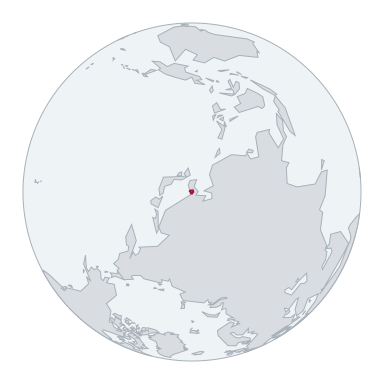 globe centered on Kangwŏn-do, rotated 192°
{"feature_id": "PRK-3308", "entity_name": "Kangwŏn-do", "entity_type": "Province", "adm_level": 1, "iso_a3": "PRK", "parent_name": "North Korea", "parent_adm1": "", "projection": "orthographic", "projection_center": [127.289, 38.794], "detail": "fine", "context": "on_globe", "style": "filled", "palette": "rose", "viewbox_px": 384, "rotation_deg": 192, "n_neighbors": 0, "source": "natural_earth", "source_scale": "10m", "svg_char_len": 12146}
<svg xmlns="http://www.w3.org/2000/svg" viewBox="0 0 384 384"><g transform="rotate(192 192 192)"><circle cx="192" cy="192" r="169" fill="#eef3f6" stroke="#a8b0b8"/><path d="M321.2,290.1L321.0,290.8L320.8,291.0L321.2,290.1ZM318.9,80.5L319.4,81.0L321.7,83.7L319.9,82.1L320.9,84.4L314.3,81.4L299.1,72.0L300.0,70.7L296.2,69.0L294.9,70.7L294.9,72.3L280.2,71.8L274.0,80.9L277.6,87.4L272.4,83.5L283.0,98.9L283.1,108.1L279.5,95.6L276.5,92.7L274.9,97.7L271.5,95.9L268.8,97.4L264.8,95.0L263.0,88.4L260.4,86.8L259.5,90.5L254.9,90.7L256.7,85.5L248.9,85.5L244.4,75.3L252.5,65.0L246.6,59.0L246.0,47.8L242.7,47.5L240.3,43.7L235.6,42.1L236.8,40.8L232.0,40.7L231.8,42.1L229.6,42.7L226.8,42.0L227.9,40.2L229.4,40.2L228.3,39.4L230.0,38.8L227.6,38.7L229.2,36.9L223.5,37.7L221.3,35.5L223.5,34.6L228.7,35.9L246.5,38.4L250.3,38.6L250.5,37.1L239.6,31.3L241.6,31.3L240.4,30.4L236.9,29.5L236.5,30.1L229.6,28.7L230.1,30.0L227.4,29.8L225.7,31.0L220.2,29.6L215.7,27.7L216.9,26.9L214.9,26.2L209.2,26.3L206.8,24.5L197.4,23.2L202.2,23.3L214.3,24.5L226.2,26.5L238.0,29.4L249.5,33.1L260.8,37.7L271.7,43.0L282.1,49.1L292.2,55.9L301.7,63.5L310.6,71.7L318.9,80.5ZM347.8,171.8L346.3,169.0L347.7,168.9L347.8,171.8ZM345.1,168.5L345.7,169.2L345.1,168.9L345.1,168.5ZM344.5,169.1L344.9,168.7L344.5,169.5L344.5,169.1ZM343.7,170.4L344.1,169.5L344.1,169.8L343.7,170.4ZM342.1,171.2L341.7,171.4L341.9,170.3L342.1,171.2ZM295.5,73.4L295.2,71.0L297.7,70.3L298.3,72.4L295.5,73.4ZM290.3,75.4L289.2,73.5L293.5,75.0L292.8,75.6L290.3,75.4ZM280.9,92.8L281.3,90.1L282.1,93.4L280.9,92.8ZM269.1,98.1L270.1,99.5L268.2,99.7L269.1,98.1ZM228.8,31.7L227.3,31.3L228.4,31.3L228.8,31.7ZM229.5,32.7L231.9,32.9L232.6,33.4L231.1,33.2L229.5,32.7ZM260.5,96.4L257.3,96.5L260.3,95.2L260.5,96.4ZM226.4,32.3L233.5,34.3L234.7,35.2L230.0,35.5L226.4,32.3ZM255.2,95.9L247.4,96.8L248.9,99.8L240.3,92.1L249.7,93.7L253.2,91.4L252.9,94.1L255.2,95.9ZM232.9,42.9L233.0,41.3L235.5,43.4L232.9,42.9ZM235.1,44.2L245.9,50.4L244.3,52.7L241.0,50.0L241.1,53.8L235.0,51.8L233.6,49.3L235.8,48.1L231.8,48.3L235.1,44.2ZM236.8,87.9L234.6,87.3L236.5,86.7L236.8,87.9ZM228.9,43.0L231.3,44.0L230.1,46.0L225.2,44.5L227.2,44.3L228.9,43.0ZM244.1,55.9L242.3,57.3L237.0,56.0L235.6,56.5L234.7,52.0L244.1,55.9ZM226.0,43.5L222.8,43.8L220.8,42.2L226.6,42.3L226.0,43.5ZM231.8,47.2L231.0,48.1L229.9,47.1L231.8,47.2ZM211.9,37.5L214.7,38.3L214.4,39.4L211.9,37.5ZM221.7,44.0L222.4,44.5L222.6,45.1L220.1,45.0L221.7,44.0ZM231.0,51.5L229.1,50.8L231.1,53.3L227.1,52.6L227.3,49.8L225.5,50.7L224.3,50.6L225.8,48.5L231.0,51.5ZM218.1,46.7L217.0,43.3L211.8,41.4L212.0,40.3L220.2,43.6L218.1,46.7ZM222.5,47.9L219.8,46.9L221.4,45.9L224.2,46.1L222.5,47.9ZM224.3,53.3L230.4,54.9L230.1,55.5L224.3,53.3ZM216.3,46.3L216.6,47.1L215.7,46.3L216.3,46.3ZM221.5,51.2L223.7,51.7L223.3,52.4L221.5,51.2ZM215.4,48.6L215.1,47.4L217.0,47.4L215.4,48.6ZM218.0,49.9L217.0,50.7L217.9,48.1L219.0,50.0L218.0,49.9ZM220.8,51.8L221.4,52.3L220.0,51.5L220.8,51.8ZM208.4,49.5L209.1,46.2L213.3,46.1L212.1,49.2L208.4,49.5ZM81.0,64.6L73.2,72.9L70.8,75.6L66.8,78.9L53.4,97.1L55.4,96.4L48.5,111.2L47.4,118.7L56.5,111.7L58.4,99.1L64.0,92.5L66.7,98.7L65.9,110.6L68.0,108.4L73.0,97.7L77.4,97.6L75.3,93.9L72.8,97.5L71.4,95.4L73.6,92.1L75.1,92.0L76.6,88.1L69.3,89.9L66.0,93.7L67.3,86.5L61.8,92.3L60.5,92.1L69.3,82.1L71.9,80.3L84.4,67.5L81.8,68.6L69.8,81.0L71.5,78.5L67.8,80.8L72.0,77.1L85.8,63.9L89.9,58.6L87.7,59.1L105.9,46.6L107.3,45.8L97.1,52.9L100.1,51.5L108.9,46.4L105.1,49.2L107.5,48.2L104.3,51.1L106.5,52.5L104.3,55.4L111.6,53.8L111.4,55.2L107.2,55.7L103.0,57.8L98.3,66.2L99.3,67.2L104.4,65.6L102.5,68.4L108.0,65.8L108.4,70.4L112.6,62.9L118.7,61.5L122.4,63.4L125.2,61.7L119.0,58.8L115.9,58.9L112.1,61.1L104.3,61.1L104.5,58.8L115.5,54.2L117.0,50.7L124.9,49.2L136.6,57.0L138.2,61.9L127.4,73.0L123.3,72.5L125.2,68.1L117.5,73.6L121.0,72.4L119.4,75.0L124.8,74.8L123.9,76.6L130.6,73.6L130.2,75.8L125.9,77.7L133.5,80.0L134.3,84.8L136.4,84.5L138.5,82.8L138.1,90.3L139.7,89.8L140.5,87.1L144.1,84.4L150.5,82.7L150.0,85.4L147.6,86.3L141.9,92.7L135.7,95.2L136.2,96.1L141.4,94.6L148.4,86.9L152.4,85.1L149.6,88.9L150.9,87.4L152.7,87.4L154.1,90.1L157.3,86.0L178.0,84.1L182.6,89.5L177.9,92.8L191.7,95.6L195.9,102.4L196.6,99.7L203.7,99.9L202.5,97.8L203.4,96.6L221.1,97.1L224.9,99.7L233.3,97.8L233.7,96.5L231.3,94.5L240.3,92.1L248.9,99.8L247.6,102.1L253.8,105.7L250.1,110.8L249.9,116.9L242.2,121.0L242.7,125.8L245.1,126.7L247.5,134.3L244.3,147.6L236.4,132.8L239.1,114.0L237.0,121.1L234.4,118.4L231.7,120.4L230.5,125.8L232.4,127.0L214.4,131.7L205.3,145.0L213.6,145.6L217.2,150.8L214.1,168.6L192.6,189.2L197.1,197.9L196.3,202.9L190.0,205.0L191.0,197.6L186.0,193.9L187.5,189.7L177.7,191.2L179.4,185.3L171.0,189.7L172.5,195.1L180.5,195.6L172.4,202.6L178.5,212.5L177.5,222.5L161.2,236.7L147.3,238.5L146.1,241.2L141.5,236.4L134.0,240.3L141.3,259.4L140.6,263.9L129.1,269.3L129.1,265.9L116.9,253.1L113.5,263.1L122.7,275.3L125.8,286.4L118.3,280.8L115.3,270.7L111.0,265.9L112.9,257.0L110.9,241.2L103.3,240.8L104.7,235.2L100.7,220.1L90.3,218.8L73.2,225.4L69.6,238.8L64.3,241.5L61.0,215.9L63.6,201.1L59.9,199.2L58.6,181.9L49.1,167.6L50.0,162.9L47.7,161.7L47.2,153.5L49.5,146.2L48.2,143.2L42.6,162.6L44.3,166.0L49.0,164.4L46.8,170.2L47.6,179.5L38.5,184.2L28.1,174.3L30.9,163.5L43.1,125.7L44.9,123.7L45.1,123.3L45.5,122.7L42.6,125.4L46.0,118.7L35.3,141.9L31.9,150.3L27.9,174.6L27.3,175.0L27.2,181.4L31.5,189.3L30.7,192.4L26.3,201.5L23.6,205.7L23.0,193.6L23.4,181.4L24.6,169.3L26.6,157.3L29.6,145.5L33.3,134.0L37.9,122.7L43.3,111.8L49.4,101.3L56.3,91.3L63.9,81.8L72.2,72.9L81.0,64.6ZM61.0,129.0L63.0,136.5L69.0,127.4L70.3,129.7L71.8,125.9L69.4,126.7L74.2,117.2L77.5,118.7L80.8,115.6L80.2,112.9L73.3,111.8L66.4,125.2L63.0,126.0L61.0,129.0ZM198.8,23.2L197.8,23.1L198.3,23.2L198.8,23.2ZM123.5,41.3L120.3,42.9L118.3,43.1L121.1,40.4L124.0,40.0L123.5,41.3ZM116.2,45.3L126.3,42.0L124.9,43.9L124.0,43.3L122.1,44.9L120.0,44.5L108.8,49.9L106.3,50.5L112.9,44.6L112.1,46.0L115.4,44.2L116.2,45.3ZM154.5,34.0L158.8,33.6L150.3,38.0L147.2,38.0L149.8,35.0L155.0,33.4L154.5,34.0ZM216.8,32.9L219.0,33.1L218.7,33.5L216.6,33.7L216.8,32.9ZM213.3,37.8L206.8,32.5L209.0,32.4L202.5,29.8L205.9,28.8L210.0,30.4L207.7,27.9L212.7,28.9L210.5,27.4L219.2,31.0L223.6,32.2L217.4,31.2L214.3,32.1L214.2,32.8L217.4,35.9L225.3,39.2L223.4,41.0L219.9,41.3L217.7,40.8L219.7,39.8L215.4,39.8L216.5,37.9L213.3,37.8ZM180.7,50.0L183.9,48.1L175.4,49.6L176.4,47.0L175.4,47.4L174.0,45.5L170.6,44.0L171.9,42.9L170.0,42.8L169.0,41.7L166.9,41.3L168.4,39.3L165.8,38.7L168.0,38.1L163.2,37.7L167.4,37.2L166.6,36.0L163.0,37.1L176.3,29.3L178.7,27.1L178.3,25.8L185.6,25.6L190.6,27.0L193.4,29.6L190.1,32.0L194.0,31.7L193.6,32.9L190.7,32.6L194.9,33.7L193.8,34.7L196.3,38.2L203.1,39.7L204.2,41.1L201.0,41.1L204.3,42.6L199.0,43.6L199.7,44.7L195.1,47.0L188.5,46.5L189.8,47.9L186.3,50.0L180.7,50.0ZM207.0,50.0L198.8,49.5L195.4,48.0L204.8,44.7L205.0,43.5L210.9,41.8L215.7,44.1L213.5,44.4L212.6,45.2L211.5,44.1L211.7,45.6L208.7,46.1L208.1,47.4L205.6,46.8L207.0,50.0ZM71.3,75.9L70.0,77.6L68.7,79.7L66.4,81.4L71.3,75.9ZM80.5,66.8L79.9,67.8L75.9,70.8L77.3,69.2L80.5,66.8ZM82.8,66.0L80.1,67.6L82.4,65.8L82.8,66.0ZM106.9,56.7L106.6,57.8L105.2,58.4L103.9,58.4L106.9,56.7ZM155.8,55.5L158.2,54.3L158.9,54.7L164.9,53.9L164.6,55.9L160.8,57.2L155.8,55.5ZM54.9,111.1L53.3,110.7L54.3,108.7L54.6,109.2L54.9,111.1ZM58.6,94.9L56.2,99.7L58.0,95.4L58.6,94.9ZM156.5,57.6L159.0,57.0L157.3,58.4L156.5,57.6ZM164.7,57.5L163.3,59.2L165.3,56.1L164.7,57.5ZM30.7,242.4L30.3,240.8L33.3,249.9L33.5,250.6L30.7,242.4ZM167.9,317.2L173.1,318.4L173.0,318.9L167.9,317.2ZM162.4,314.4L168.3,315.5L161.5,315.5L162.4,314.4ZM170.6,315.9L176.6,315.6L179.2,315.0L178.8,316.1L170.6,315.9ZM158.4,313.8L137.5,309.0L129.4,305.2L131.1,303.7L144.2,307.7L158.4,313.8ZM130.5,303.4L118.3,293.6L102.9,268.8L108.4,271.4L124.8,288.9L123.7,290.4L131.0,297.6L130.5,303.4ZM160.6,299.4L159.4,304.8L147.7,301.9L142.5,299.8L138.8,291.5L140.9,288.2L145.1,289.4L162.4,279.6L168.3,283.9L162.8,288.7L167.6,294.7L160.6,299.4ZM70.0,240.5L71.9,250.7L69.2,250.2L70.0,240.5ZM170.0,271.0L162.6,275.9L169.6,268.9L170.0,271.0ZM174.5,263.8L174.7,267.1L172.1,263.5L174.5,263.8ZM145.3,245.8L140.8,245.3L141.0,242.9L146.9,242.1L145.3,245.8ZM176.6,230.9L175.4,238.0L174.1,240.3L172.6,235.6L176.6,230.9ZM157.5,77.0L149.4,75.6L143.4,76.5L139.7,79.8L141.4,74.7L150.7,73.3L157.5,77.0ZM175.5,82.8L178.7,80.3L179.7,82.1L179.1,82.9L175.5,82.8ZM175.8,80.8L175.3,76.5L178.6,75.6L178.3,79.1L175.8,80.8ZM165.5,66.2L163.2,65.6L164.6,64.4L165.5,66.2ZM279.4,336.6L281.9,335.0L282.5,334.7L279.4,336.6ZM231.4,355.4L230.4,354.4L237.8,352.9L235.4,354.4L231.4,355.4ZM286.3,332.2L286.6,332.0L290.8,328.9L291.7,327.4L292.1,328.0L296.2,325.0L295.2,325.8L286.3,332.2ZM202.1,350.8L169.7,353.2L162.3,351.6L163.5,350.0L155.4,342.2L157.8,342.8L155.4,337.4L174.2,335.4L187.4,326.9L198.6,328.2L206.6,320.9L218.4,321.3L215.3,327.3L228.0,330.3L235.6,316.8L244.3,329.4L254.1,332.0L258.0,337.8L243.8,349.6L234.8,352.7L232.6,352.4L229.0,353.7L222.7,354.3L218.4,352.1L214.9,353.3L217.9,350.9L213.0,353.2L209.3,351.5L202.1,350.8ZM286.9,316.9L288.9,316.5L292.2,317.0L289.1,318.0L286.9,316.9ZM316.2,295.8L317.2,296.0L315.1,297.6L316.2,295.8ZM320.8,291.0L318.4,293.1L321.2,290.1L320.8,291.0ZM296.3,306.1L297.3,306.5L296.6,307.1L296.3,306.1ZM295.5,306.2L296.5,304.5L296.5,305.8L295.5,306.2ZM285.8,302.5L286.9,301.4L287.4,301.8L285.8,302.5ZM180.9,319.3L188.1,316.0L192.1,316.0L180.9,319.3ZM284.0,301.5L281.1,302.2L281.4,301.4L284.0,301.5ZM284.1,299.6L283.8,298.6L285.7,300.6L284.1,299.6ZM278.5,298.7L282.1,299.7L278.1,299.1L278.5,298.7ZM276.4,299.5L273.9,299.3L274.0,298.9L276.4,299.5ZM248.5,306.4L258.0,311.7L250.6,312.7L242.2,309.6L236.1,314.1L222.0,314.3L225.1,311.7L223.1,308.0L208.7,306.5L205.8,303.9L210.8,302.2L201.5,299.8L211.7,298.9L216.0,304.3L221.8,300.1L232.0,300.7L242.1,301.7L250.4,304.6L248.5,306.4ZM212.0,310.6L213.7,310.6L212.2,312.1L212.0,310.6ZM269.0,297.5L272.7,299.2L272.3,299.9L270.5,300.0L269.0,297.5ZM252.3,303.5L261.2,297.8L263.3,297.5L257.5,303.4L252.3,303.5ZM259.0,295.4L263.2,295.3L265.4,297.3L264.6,298.1L259.0,295.4ZM191.1,304.9L190.8,306.3L188.2,305.0L191.1,304.9ZM194.5,304.2L202.4,306.3L193.8,305.5L194.5,304.2ZM171.1,296.5L173.3,300.4L180.4,299.0L175.0,301.6L179.9,308.0L178.3,309.9L173.4,303.1L171.9,309.3L168.8,308.7L167.0,303.0L170.1,296.6L173.2,294.2L186.0,294.5L171.1,296.5ZM194.4,299.9L192.3,295.5L193.9,292.8L196.1,295.2L194.4,299.9ZM186.4,284.5L181.3,278.7L176.3,280.1L186.5,273.9L189.8,280.5L186.4,284.5ZM182.4,272.5L177.7,273.7L182.7,270.0L182.4,272.5ZM176.7,271.8L176.4,268.0L180.0,269.0L176.7,271.8ZM184.8,272.9L186.1,266.7L187.6,270.6L184.8,272.9ZM175.6,259.3L182.8,266.6L173.0,262.5L173.7,249.9L177.9,250.3L175.6,259.3ZM206.2,209.5L205.7,205.5L209.9,205.0L209.0,207.8L206.2,209.5ZM223.0,200.6L210.9,203.6L201.0,206.3L203.6,208.3L200.6,214.7L197.2,208.1L204.8,201.5L212.1,200.7L214.0,195.3L219.9,191.8L220.0,184.8L222.8,182.0L225.0,188.2L223.0,200.6ZM219.7,181.9L222.0,169.7L229.4,171.8L230.5,175.0L226.4,179.6L222.7,178.1L219.7,181.9ZM224.7,167.5L221.2,166.1L217.1,147.7L218.1,144.4L225.1,159.0L222.2,158.5L221.9,162.9L224.7,167.5ZM234.8,88.8L234.6,87.4L236.1,88.7L234.8,88.8ZM202.5,95.4L204.0,94.0L205.7,95.3L202.5,95.4ZM208.9,90.9L206.0,90.3L209.3,89.7L208.9,90.9ZM199.3,89.5L204.9,89.6L199.2,91.2L199.3,89.5Z" fill="#d9dde1" stroke="#a8b0b8" stroke-width="1"/><path d="M194.5,192.5L194.3,192.6L194.3,192.8L194.3,193.0L194.2,193.1L194.0,193.3L193.9,193.4L193.7,193.4L193.6,193.5L193.3,193.4L193.2,193.5L193.1,193.4L192.6,193.4L192.5,193.5L192.4,193.5L192.2,193.4L191.9,193.4L191.7,193.4L191.5,193.5L191.4,193.6L191.2,193.7L191.2,193.8L191.1,193.7L191.0,193.4L190.9,193.3L190.8,193.2L190.7,193.0L190.7,192.9L190.7,192.7L190.6,192.4L190.8,192.4L190.9,192.2L191.0,192.1L191.0,191.9L191.0,191.7L191.3,191.7L191.4,191.4L191.3,191.2L191.5,190.9L191.4,190.8L191.4,190.7L191.5,190.6L191.6,190.4L191.6,190.2L191.8,190.2L192.0,190.2L192.3,190.2L192.2,190.3L192.3,190.3L192.2,190.4L192.2,190.5L192.2,190.8L192.3,190.8L192.5,190.8L192.6,191.0L192.7,190.9L192.8,191.0L193.0,191.0L193.2,191.3L193.3,191.3L193.4,191.5L193.5,191.6L193.6,191.8L193.8,191.8L194.1,192.2L194.3,192.1L194.4,192.3L194.5,192.3L194.5,192.5L194.5,192.5Z" fill="#f43f5e" stroke="#9f1239" stroke-width="1.5"/></g></svg>